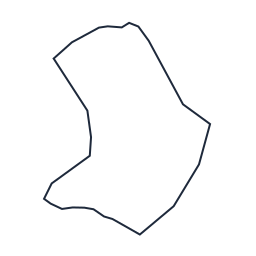 outline of Benedikt, rotated 186°
{"feature_id": "SVN-199", "entity_name": "Benedikt", "entity_type": "Municipality", "adm_level": 1, "iso_a3": "SVN", "parent_name": "Slovenia", "parent_adm1": "", "projection": "albers", "projection_center": [15.906, 46.615], "detail": "fine", "context": "isolated", "style": "outline", "palette": "slate", "viewbox_px": 256, "rotation_deg": 186, "n_neighbors": 0, "source": "natural_earth", "source_scale": "10m", "svg_char_len": 461}
<svg xmlns="http://www.w3.org/2000/svg" viewBox="0 0 256 256"><g transform="rotate(186 128 128)"><path d="M137.9,232.7L128.3,230.0L116.5,216.9L75.8,157.3L46.8,140.5L53.6,99.2L74.4,55.0L105.1,23.3L134.0,35.9L142.6,37.5L153.8,43.6L163.1,44.2L174.8,43.2L185.2,40.6L197.0,44.7L204.1,48.8L198.1,64.9L163.1,96.4L163.8,115.0L170.2,141.0L209.2,189.3L192.7,207.4L167.4,224.8L158.8,227.0L144.7,227.4L137.9,232.7Z" fill="none" stroke="#1e293b" stroke-width="2"/></g></svg>